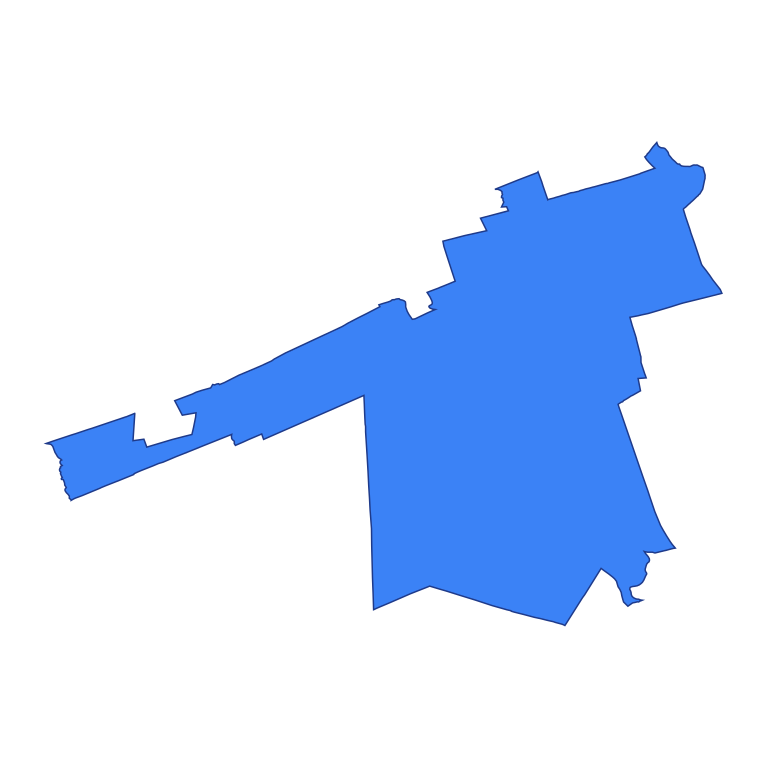 Salcioara, Dâmbovita, Romania
{"feature_id": "2599482B29130096234680", "entity_name": "Salcioara", "entity_type": "district", "adm_level": 2, "iso_a3": "ROU", "parent_name": "Romania", "parent_adm1": "Dâmbovita", "projection": "robinson", "projection_center": [25.568, 44.74], "detail": "fine", "context": "isolated", "style": "filled", "palette": "blue", "viewbox_px": 768, "rotation_deg": 0, "n_neighbors": 0, "source": "geoboundaries", "source_scale": "gbopen_adm2", "svg_char_len": 6049}
<svg xmlns="http://www.w3.org/2000/svg" viewBox="0 0 768 768"><path d="M642.3,600.2L640.7,600.0L638.6,599.2L637.0,599.1L635.7,598.8L633.5,597.7L632.1,596.4L631.5,595.1L631.2,594.0L631.1,592.7L630.7,591.3L630.3,590.3L629.7,589.5L629.9,588.2L630.2,587.4L631.2,586.9L632.7,586.5L634.4,586.3L637.1,585.8L639.4,584.8L641.0,583.6L642.4,582.3L643.8,580.1L645.7,575.8L646.7,574.0L646.6,573.1L645.6,571.5L645.2,570.2L645.2,569.1L646.0,566.2L646.7,564.1L647.8,562.7L648.9,561.9L649.3,561.0L649.5,560.1L649.3,558.7L648.2,556.7L645.5,553.4L644.3,551.5L645.3,551.8L647.6,552.2L648.4,552.2L650.0,552.2L652.2,552.2L652.8,552.3L654.6,552.9L655.3,552.9L665.2,550.5L665.5,550.5L669.8,549.3L673.8,548.3L674.2,548.3L675.3,548.1L672.2,544.4L670.2,541.6L666.7,536.1L663.3,530.4L660.5,525.4L654.8,511.6L649.8,496.8L647.7,490.4L642.6,475.9L622.2,416.5L618.9,407.0L618.1,404.3L618.3,404.1L621.4,402.1L622.6,401.8L623.1,401.2L623.6,400.5L624.1,400.3L625.9,399.3L628.2,397.9L630.4,396.4L631.2,395.9L632.6,395.3L640.5,390.8L638.1,378.5L642.1,378.2L646.2,377.9L645.1,374.7L644.9,374.4L641.0,362.5L640.9,356.8L640.3,354.9L640.1,353.9L636.3,339.0L636.4,338.8L635.5,335.7L632.3,325.8L629.9,317.3L637.9,315.8L641.6,314.9L648.2,313.5L651.0,312.7L670.9,306.8L680.0,303.9L683.5,302.9L703.8,297.9L721.9,293.3L720.4,289.8L719.9,289.0L712.7,279.8L710.0,275.8L706.1,270.5L702.6,266.1L701.9,265.0L701.4,264.0L698.2,254.2L694.4,242.8L690.7,232.4L690.5,231.5L689.8,229.2L685.6,216.8L683.9,211.2L683.5,209.8L683.4,209.3L683.5,209.0L683.7,208.6L684.2,208.2L685.6,207.2L688.4,204.5L688.9,204.0L689.6,203.6L690.4,202.7L693.1,200.3L697.0,196.5L698.1,195.7L698.3,195.4L698.5,194.9L699.9,193.8L702.1,190.1L702.6,189.3L702.9,188.1L703.7,184.3L704.1,182.4L704.5,180.4L705.0,178.5L705.1,177.9L705.0,177.5L704.9,176.9L705.1,176.3L705.1,175.0L703.1,168.1L702.9,167.6L702.7,167.4L701.8,167.3L701.2,167.0L697.6,165.2L697.0,165.0L695.5,165.1L694.4,165.0L693.7,165.0L693.0,165.2L692.5,165.4L690.8,166.2L690.0,166.5L689.4,166.5L687.8,166.4L685.5,166.4L683.6,166.3L681.5,165.9L680.4,165.2L679.9,164.6L679.8,164.3L679.6,164.1L679.4,164.1L678.2,164.1L677.7,163.9L677.1,163.6L674.9,161.4L673.4,160.1L672.2,159.0L670.7,157.1L668.9,154.9L668.2,152.6L667.7,151.7L665.8,149.4L664.9,148.5L663.9,148.1L663.4,148.0L661.4,147.8L660.6,147.6L659.4,146.9L658.6,146.3L658.0,145.6L657.3,144.0L656.8,142.5L652.9,146.9L649.2,152.0L648.2,153.1L647.4,153.7L647.0,154.6L646.2,155.7L644.8,156.9L646.5,159.5L649.0,162.4L652.3,165.8L654.9,168.2L640.9,173.2L640.4,173.4L640.1,173.7L632.8,176.0L632.2,176.2L620.4,179.9L614.8,181.4L609.4,182.8L607.4,183.5L606.5,183.5L605.5,183.7L594.3,186.8L592.9,187.1L589.4,188.1L585.9,188.9L583.1,189.8L580.1,190.6L579.7,190.8L578.5,191.4L577.7,191.5L577.1,191.6L573.4,192.5L572.2,192.6L570.8,192.8L565.2,194.7L562.0,195.5L559.7,196.3L556.0,197.3L553.6,198.1L549.2,199.2L548.2,199.5L547.8,199.8L545.3,192.6L543.0,185.9L541.7,181.7L538.0,171.8L537.4,172.6L518.1,180.0L494.9,189.3L497.9,189.3L500.6,190.4L502.0,191.7L502.0,193.1L502.5,194.5L501.6,196.1L501.5,197.6L503.0,198.2L502.9,200.1L503.8,202.1L501.5,207.0L506.6,206.7L508.4,210.8L480.5,218.2L486.7,230.7L464.6,235.6L442.9,241.2L443.9,246.4L447.4,257.4L454.3,278.6L455.2,281.2L443.8,285.9L440.0,287.4L438.2,288.2L429.4,291.5L427.1,292.4L429.9,296.8L431.8,300.7L432.1,301.8L432.3,302.7L432.2,303.7L431.8,304.3L431.0,304.9L429.4,305.7L429.0,306.2L428.9,306.8L430.1,308.2L432.9,309.2L435.2,309.5L427.3,313.0L415.2,318.8L412.3,319.3L411.1,317.6L409.0,314.6L407.2,311.3L405.7,307.0L405.7,304.4L405.4,301.9L404.1,300.8L402.4,300.1L400.1,299.6L399.1,298.7L396.2,299.0L394.4,299.7L392.9,299.7L392.0,299.9L390.7,301.0L388.0,302.0L382.9,303.5L378.9,304.8L379.9,306.7L367.4,313.2L358.2,317.8L348.2,323.0L342.1,326.6L285.8,352.8L274.3,359.0L271.5,361.0L267.1,363.0L260.2,366.2L238.9,375.2L224.1,382.7L219.4,384.6L218.7,383.7L216.7,384.0L214.7,384.9L213.7,384.7L212.7,384.5L210.7,387.9L202.3,390.2L196.1,392.2L192.5,394.0L174.7,400.7L182.3,415.2L196.0,412.8L195.6,417.2L193.5,427.7L191.9,434.5L184.2,436.4L171.9,439.6L146.8,447.1L143.9,439.2L133.0,440.7L134.8,413.6L134.7,413.4L126.5,416.7L125.4,417.0L113.9,420.9L97.9,426.3L92.0,428.3L87.8,429.6L75.9,433.6L72.0,434.8L52.7,441.2L46.1,443.5L46.8,443.7L49.8,444.1L51.3,444.6L52.8,446.4L55.0,452.4L56.8,455.3L57.3,456.3L58.5,457.7L61.2,459.4L61.7,460.0L60.7,460.5L60.1,461.4L60.2,461.6L60.2,462.2L60.0,462.8L60.7,464.0L62.2,465.5L60.6,466.4L60.4,466.9L60.6,467.8L60.0,468.1L59.5,469.5L59.6,470.5L60.0,471.4L60.8,472.1L60.5,473.7L61.5,476.1L62.3,477.6L61.6,478.1L61.3,478.7L61.5,479.4L62.5,479.5L63.3,479.6L64.5,482.8L64.7,484.3L64.7,485.0L66.3,487.6L65.2,488.9L65.0,489.5L65.0,490.2L65.3,491.1L66.4,492.7L67.9,494.2L69.3,496.0L69.3,498.3L71.1,499.8L71.1,500.1L71.1,500.4L73.5,499.0L75.4,498.1L81.9,495.7L99.8,488.3L101.4,487.5L106.0,485.6L119.5,480.3L133.8,474.5L134.1,473.7L137.5,472.1L141.5,470.4L152.9,465.9L158.6,463.5L163.0,462.2L176.2,456.6L188.6,451.7L202.9,445.9L231.7,434.4L231.4,436.0L231.5,436.8L231.7,438.5L232.1,439.2L232.8,440.0L234.0,441.0L234.3,441.3L234.3,441.8L234.3,442.5L234.2,443.1L234.3,443.6L234.6,444.2L235.1,444.8L235.4,445.4L243.3,442.0L248.5,439.6L261.7,434.0L263.6,439.4L363.9,395.4L364.3,403.9L364.6,412.5L365.1,423.0L365.2,424.5L365.3,424.7L365.6,426.6L365.6,429.7L365.6,431.7L365.6,431.9L367.1,455.6L368.0,471.0L368.7,485.3L369.5,498.3L370.1,510.0L371.5,528.6L371.7,545.4L372.5,577.8L373.1,593.5L373.6,609.7L374.8,609.2L375.7,608.7L378.9,607.3L389.6,602.8L410.3,593.8L428.3,586.7L429.6,586.1L440.3,589.3L446.5,591.1L458.9,595.0L475.1,600.0L492.2,605.6L507.0,609.8L510.9,610.7L511.2,611.2L514.2,612.1L523.8,614.5L534.3,617.3L540.5,618.6L547.6,620.4L553.4,621.7L555.3,622.4L562.0,624.2L563.3,624.7L564.9,625.5L566.4,623.2L582.5,597.7L584.7,594.7L601.1,568.4L604.6,571.0L608.4,573.7L612.5,576.9L614.6,578.8L616.5,581.3L617.3,584.1L618.1,586.8L619.9,589.5L621.2,592.4L621.8,595.7L622.8,599.4L623.6,602.0L627.9,606.2L632.6,602.9L635.7,602.3L637.2,601.8L638.2,602.0L638.7,601.9L639.3,601.6L639.8,601.1L640.9,600.8L642.3,600.2Z" fill="#3b82f6" stroke="#1e3a8a" stroke-width="1.5"/></svg>